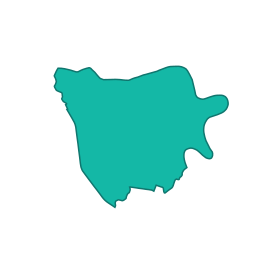 the district of Quan 9, Hồ Chí Minh city, Vietnam, rotated 294°
{"feature_id": "81297802B54605917200404", "entity_name": "Quan 9", "entity_type": "district", "adm_level": 2, "iso_a3": "VNM", "parent_name": "Vietnam", "parent_adm1": "Hồ Chí Minh city", "projection": "albers", "projection_center": [106.816, 10.829], "detail": "fine", "context": "isolated", "style": "filled", "palette": "teal", "viewbox_px": 256, "rotation_deg": 294, "n_neighbors": 0, "source": "geoboundaries", "source_scale": "gbopen_adm2", "svg_char_len": 3929}
<svg xmlns="http://www.w3.org/2000/svg" viewBox="0 0 256 256"><g transform="rotate(294 128 128)"><path d="M154.2,39.8L152.2,39.5L151.9,39.5L150.5,39.4L147.3,39.4L145.8,39.4L144.9,40.1L144.5,40.9L143.8,41.5L143.1,42.2L142.8,42.6L141.8,43.1L141.2,43.7L138.9,43.9L137.7,43.9L136.3,43.7L135.5,44.3L134.5,45.6L133.6,46.8L133.3,47.4L133.2,49.2L133.2,49.3L133.3,51.9L133.3,53.0L132.6,53.9L131.6,54.4L130.4,55.1L129.8,55.5L127.7,55.6L127.1,56.2L126.5,57.2L125.9,58.1L125.7,59.6L125.4,61.8L125.1,62.1L124.8,62.0L124.5,62.0L123.9,61.5L121.7,64.1L120.7,65.2L120.1,64.6L114.5,72.4L113.4,73.9L112.6,74.9L111.6,76.3L110.1,77.9L109.3,78.6L107.5,80.0L104.0,82.1L98.6,85.4L93.3,88.7L87.1,92.4L86.8,92.6L81.2,96.0L76.3,98.9L74.0,100.4L72.9,101.2L71.8,102.3L71.4,102.7L70.5,103.7L68.3,107.5L66.4,110.9L65.2,113.0L64.2,114.8L63.0,117.0L61.3,120.0L58.5,125.2L56.0,129.7L54.5,132.3L53.5,134.2L52.7,136.1L52.0,138.4L51.5,140.9L50.7,145.7L50.2,148.3L50.7,148.3L50.8,148.3L51.2,148.3L51.8,148.2L52.4,148.0L52.8,147.7L53.5,147.3L54.1,146.9L54.7,146.7L55.3,146.6L55.6,146.6L56.1,146.6L56.6,146.8L57.0,147.1L57.7,147.7L58.4,148.3L58.6,148.8L58.7,149.2L58.8,149.8L59.0,150.7L59.1,151.7L59.3,152.4L59.6,152.8L60.0,153.2L60.5,153.6L61.0,153.9L61.9,154.4L62.4,154.7L62.8,154.8L63.0,154.8L63.4,154.8L63.7,154.7L64.3,154.5L64.8,154.5L65.3,154.4L65.9,154.4L66.4,154.4L66.9,154.4L67.6,154.5L68.0,154.6L68.3,154.7L69.0,155.1L69.4,155.4L69.9,155.4L70.2,155.4L70.8,155.3L71.6,155.2L72.0,155.2L72.4,155.1L72.8,154.9L73.5,154.5L74.7,153.5L74.9,153.8L75.1,154.3L75.3,155.1L75.5,155.7L76.8,160.3L77.4,162.6L78.4,165.9L79.3,169.2L80.2,172.1L80.7,174.1L80.9,174.5L80.9,174.9L80.9,176.0L80.8,177.3L85.2,177.1L87.2,177.0L87.7,182.7L87.9,183.6L87.7,184.3L87.1,184.9L84.4,186.6L83.6,187.5L83.6,188.1L83.9,188.4L87.2,190.1L91.1,192.4L92.4,192.7L94.0,192.7L95.3,192.5L97.4,192.3L98.8,192.2L99.3,192.2L100.0,192.3L100.6,192.7L100.9,192.9L101.1,193.2L101.1,193.6L101.2,194.5L101.3,194.9L101.5,195.3L101.7,195.5L102.0,195.6L102.4,195.6L102.8,195.5L103.1,195.5L103.4,195.5L103.7,195.5L104.3,195.7L105.1,196.2L105.8,196.4L106.2,196.5L106.6,196.6L107.1,196.5L107.7,196.4L108.2,196.1L109.0,195.8L109.6,195.8L110.1,195.8L111.0,195.9L112.3,196.1L113.3,196.5L114.2,197.0L115.8,197.9L117.2,196.5L119.8,194.0L122.0,192.3L124.2,190.9L126.2,190.0L128.0,189.4L129.2,189.3L130.0,189.3L130.9,189.4L131.5,189.6L131.9,189.9L133.1,190.8L134.2,192.0L135.1,193.3L135.4,194.1L135.8,195.7L135.9,198.2L135.8,200.0L135.4,201.6L134.6,204.2L133.5,207.2L132.7,210.4L132.5,211.5L132.6,212.9L132.8,214.0L133.1,215.0L133.6,215.7L134.1,216.2L134.8,216.5L136.0,216.6L137.1,216.5L139.1,215.7L139.9,215.1L140.4,214.7L140.8,214.0L141.9,212.2L142.7,210.9L143.0,210.6L148.2,204.3L149.2,203.4L150.9,201.9L152.5,200.7L154.6,199.2L155.8,198.5L157.0,197.9L158.0,197.5L160.0,196.8L161.9,196.4L164.6,196.3L167.8,196.7L168.9,197.0L170.0,197.6L170.8,198.0L171.5,198.7L176.7,204.4L179.9,207.4L181.7,208.7L183.5,209.5L185.3,210.1L187.3,210.2L189.0,210.1L190.5,209.8L192.1,209.0L193.4,208.1L194.5,207.1L195.2,206.2L195.9,204.9L196.2,204.0L196.3,202.7L196.3,201.7L196.0,200.3L195.3,198.6L193.9,195.7L192.9,194.1L191.8,192.7L189.6,190.2L187.0,187.5L185.5,185.8L184.9,184.9L184.5,184.0L184.1,182.2L184.0,179.8L184.2,178.9L184.6,177.9L185.8,176.3L189.3,173.8L198.2,167.0L202.0,162.4L204.5,159.0L205.6,156.8L205.8,154.5L205.7,152.3L205.6,151.6L205.0,149.3L203.0,145.0L201.3,141.6L200.1,139.9L198.4,138.0L194.0,133.6L193.8,133.3L192.4,132.1L191.6,131.4L184.9,123.3L184.3,122.6L182.7,120.5L178.5,116.3L176.5,113.8L175.0,112.2L172.9,110.3L172.0,109.4L171.5,108.4L170.5,105.9L169.9,104.1L168.9,100.9L167.3,96.8L165.0,92.0L162.2,86.0L162.1,84.7L162.0,83.0L162.1,82.1L162.6,80.8L163.9,78.0L165.4,75.0L166.5,71.7L167.3,69.8L167.4,68.6L167.2,67.9L166.9,67.5L165.6,65.8L163.2,63.1L161.7,61.7L159.0,59.5L158.2,57.9L157.9,55.7L157.5,52.1L157.0,49.4L156.3,45.9L155.4,42.8L154.2,39.8Z" fill="#14b8a6" stroke="#0f766e" stroke-width="1.5"/></g></svg>